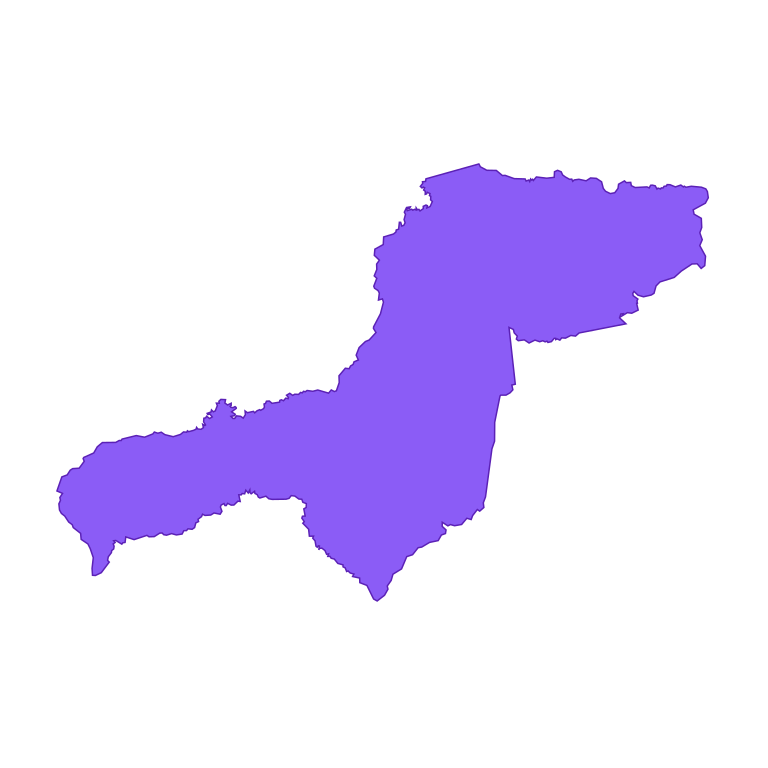 the district of Pelaya, Cesar, Colombia, rotated 178°
{"feature_id": "7082276B17184612487952", "entity_name": "Pelaya", "entity_type": "district", "adm_level": 2, "iso_a3": "COL", "parent_name": "Colombia", "parent_adm1": "Cesar", "projection": "mercator", "projection_center": [-73.607, 8.77], "detail": "fine", "context": "isolated", "style": "filled", "palette": "violet", "viewbox_px": 768, "rotation_deg": 178, "n_neighbors": 0, "source": "geoboundaries", "source_scale": "gbopen_adm2", "svg_char_len": 6117}
<svg xmlns="http://www.w3.org/2000/svg" viewBox="0 0 768 768"><g transform="rotate(178 384 384)"><path d="M714.6,288.5L709.1,285.9L711.9,281.9L711.4,279.0L713.1,275.6L712.7,269.4L710.9,265.9L707.7,263.2L703.9,257.0L700.5,254.3L699.6,251.4L692.4,245.3L692.1,239.3L685.5,234.5L683.3,229.6L680.6,220.6L682.2,209.9L682.0,203.0L679.1,202.7L673.1,205.3L664.8,215.6L666.4,217.4L665.6,220.9L662.3,225.0L662.0,227.0L659.9,228.6L659.4,231.3L660.2,233.7L658.2,235.0L659.6,236.8L657.5,237.0L651.6,233.1L650.6,234.4L648.3,234.7L647.4,240.2L639.2,237.2L626.2,241.0L624.2,239.5L618.9,239.5L613.3,242.8L610.9,242.8L609.4,241.1L606.6,240.5L601.5,241.9L596.8,240.4L591.0,241.1L589.2,244.4L586.5,244.4L584.9,246.1L580.8,245.5L578.3,247.1L576.9,251.8L574.1,253.0L574.6,255.3L571.0,257.8L569.9,260.2L567.5,258.9L561.7,259.1L558.4,261.0L552.3,259.6L550.4,262.4L551.8,266.8L551.0,268.7L548.1,270.1L547.2,268.1L546.0,268.0L544.4,270.2L541.0,268.3L538.2,268.3L534.1,272.0L531.8,271.6L533.0,278.3L530.5,278.2L529.6,279.5L527.1,279.1L525.8,282.7L523.5,279.8L521.8,282.8L521.7,280.1L520.6,278.9L517.1,281.3L516.8,279.1L514.6,277.9L513.5,275.3L512.0,274.4L505.9,276.0L503.1,273.3L499.8,272.6L485.9,272.3L482.9,273.0L480.6,275.7L477.0,275.1L473.1,272.0L470.2,271.7L469.2,268.6L465.8,267.2L466.1,263.3L468.5,262.0L467.4,254.8L470.1,254.7L470.8,252.8L468.5,249.2L470.0,247.7L464.4,241.5L463.9,234.5L459.7,234.4L460.6,232.4L458.4,229.7L457.6,224.2L456.4,223.2L455.3,224.6L454.2,224.4L455.0,220.5L454.1,222.0L451.8,222.1L448.8,219.6L447.3,215.8L445.3,216.2L446.2,213.7L444.0,213.6L442.9,211.7L439.8,210.8L436.4,206.3L431.3,204.7L431.3,202.7L429.2,201.6L427.9,197.9L426.4,198.4L424.4,196.3L420.7,195.1L422.1,192.7L415.1,190.9L415.1,186.3L408.1,183.3L401.9,169.5L398.4,167.4L390.8,172.9L387.2,178.8L387.8,182.0L383.7,187.4L381.7,193.6L372.9,198.6L367.3,210.7L361.4,212.4L355.6,219.2L352.0,219.7L344.0,224.1L335.3,225.6L331.9,231.1L327.8,232.4L327.1,236.0L330.8,239.7L330.6,243.8L325.1,240.0L322.5,241.2L318.4,239.9L311.3,240.9L305.9,246.9L301.6,245.5L300.0,249.4L295.1,255.3L292.8,253.6L288.5,257.1L288.9,261.8L286.5,267.6L278.4,315.4L275.5,323.0L274.7,341.8L268.5,367.9L267.7,368.8L262.5,368.6L258.3,370.8L255.4,373.7L256.3,378.5L252.8,379.2L257.1,436.2L252.8,434.0L252.1,430.6L249.1,427.2L250.2,424.3L248.3,422.6L242.2,423.2L237.6,419.9L231.6,422.6L226.9,420.8L223.8,421.7L221.5,420.5L219.6,421.1L218.7,419.8L215.2,420.5L212.3,423.7L210.8,423.6L210.8,422.4L209.4,423.0L206.7,421.7L204.8,423.9L201.0,423.5L195.6,426.0L190.9,425.2L187.2,428.2L140.1,435.7L146.3,441.9L144.9,445.7L142.6,445.9L144.0,443.6L138.3,446.8L133.9,446.1L127.4,449.0L128.7,455.8L127.9,455.9L128.3,458.3L127.3,460.0L131.9,463.6L132.2,465.9L130.9,467.8L127.1,463.9L121.6,462.1L113.8,463.6L111.0,465.2L108.7,472.5L104.6,476.4L90.2,480.4L82.9,486.5L72.0,493.2L66.8,493.2L63.0,488.4L59.3,491.1L58.2,500.5L63.6,511.3L60.9,517.1L63.1,524.1L61.0,529.3L61.1,538.5L68.2,542.9L68.9,547.3L56.5,553.5L53.4,558.8L54.1,565.1L55.6,567.8L59.9,569.6L70.0,570.9L75.4,570.1L77.0,571.2L77.9,570.5L80.4,572.5L85.9,570.8L91.2,573.2L94.1,573.4L94.9,572.0L97.2,571.8L98.3,570.2L100.1,570.3L100.8,569.3L103.3,570.2L104.4,569.3L106.0,572.6L108.9,573.4L110.6,573.3L112.1,570.7L114.3,571.8L126.2,571.6L129.9,573.6L130.4,576.9L134.8,576.8L136.6,578.6L142.6,575.5L143.3,571.3L146.7,567.1L151.2,566.4L155.9,568.9L158.0,571.8L159.5,578.5L164.6,582.1L170.4,582.7L174.9,580.0L182.1,581.8L186.8,581.3L188.3,580.0L189.2,582.2L191.4,582.1L195.4,584.5L198.2,586.7L199.5,589.9L203.1,591.5L206.2,590.2L206.7,584.6L214.2,584.0L224.5,585.6L227.6,582.2L228.3,583.4L229.3,582.6L230.3,583.8L231.3,581.2L232.2,582.8L234.9,581.9L235.8,584.0L246.7,584.7L255.7,588.3L258.4,588.2L264.3,593.5L273.8,594.0L280.1,597.7L281.5,600.6L334.9,587.6L335.4,585.0L338.5,584.8L338.3,583.1L340.8,580.2L339.2,578.6L337.8,579.4L336.5,578.7L337.6,576.5L336.0,575.1L336.2,572.1L334.8,572.5L334.1,574.1L331.4,572.7L332.0,570.7L330.7,569.9L331.0,566.4L329.3,564.7L331.7,559.8L335.0,558.5L334.4,560.7L335.8,561.4L338.6,560.2L338.6,557.9L342.0,555.7L343.0,557.3L344.6,557.0L345.7,558.9L345.9,556.8L347.3,557.5L349.2,556.7L350.2,557.7L354.7,556.4L355.3,558.4L352.3,558.7L351.5,560.1L355.3,559.6L357.7,555.0L356.6,552.9L358.2,547.6L357.3,544.4L358.7,541.9L360.7,541.2L361.7,545.0L363.0,545.1L364.0,538.2L366.4,537.5L366.8,535.5L369.2,533.6L379.2,531.0L379.9,523.4L388.4,519.1L389.2,512.9L384.3,507.9L387.2,504.1L387.2,498.7L390.0,492.4L387.5,489.9L390.8,482.1L390.1,480.0L386.7,477.6L385.5,475.1L386.6,468.1L382.6,469.1L381.7,465.8L385.1,454.3L392.4,441.5L392.6,439.9L390.2,435.7L397.3,428.5L401.1,427.1L407.6,421.3L410.8,413.8L408.8,408.9L413.2,407.2L414.2,404.6L416.8,403.2L418.3,400.5L422.1,401.1L428.7,393.8L428.7,387.0L431.8,378.9L433.9,378.2L436.9,379.9L439.7,376.8L450.4,380.3L455.4,379.2L461.1,380.2L462.9,379.0L464.7,379.5L466.0,378.0L467.7,378.5L469.7,376.6L473.6,376.9L475.6,375.8L478.5,378.0L481.8,376.2L480.0,374.0L480.3,372.7L482.7,373.3L485.0,370.8L487.2,371.8L488.7,371.2L489.0,369.5L496.6,368.6L499.2,371.0L502.1,370.9L503.1,368.7L504.6,368.2L504.3,365.1L505.2,363.6L508.2,362.0L509.1,362.7L511.8,361.7L514.2,359.7L515.4,361.2L521.5,360.1L523.8,361.9L523.6,358.2L525.9,354.8L528.4,356.7L532.5,357.3L534.4,354.8L536.1,354.8L538.1,357.0L534.4,357.6L533.7,358.9L537.3,361.5L532.5,364.8L532.6,365.7L533.7,366.6L535.8,365.6L537.9,366.1L538.6,367.1L537.5,367.9L537.4,370.1L541.1,368.5L543.7,370.6L542.9,373.9L547.6,374.3L549.6,372.5L549.3,370.6L552.2,370.7L551.3,368.2L553.6,363.0L555.5,362.2L557.3,364.1L557.8,362.1L561.8,360.8L561.2,359.6L559.0,360.0L556.8,357.1L559.5,355.6L562.4,358.0L563.4,356.4L565.2,356.1L565.6,352.5L563.8,349.3L564.6,348.7L566.6,350.0L566.0,346.7L568.4,345.1L571.6,345.5L572.8,347.2L573.4,345.4L576.0,344.3L580.8,343.2L582.1,344.1L582.8,342.7L586.0,343.1L589.2,340.7L596.5,338.7L604.7,341.0L608.3,343.6L611.7,342.7L615.2,344.0L616.7,342.2L625.1,339.2L633.4,341.1L647.7,338.1L648.6,336.7L650.6,336.8L654.1,335.0L667.5,335.3L672.7,331.3L676.5,325.2L686.6,321.1L687.3,320.0L686.3,317.2L691.6,310.5L698.1,310.3L700.6,308.8L703.8,304.2L709.2,302.4L714.6,288.5Z" fill="#8b5cf6" stroke="#5b21b6" stroke-width="1.5"/></g></svg>